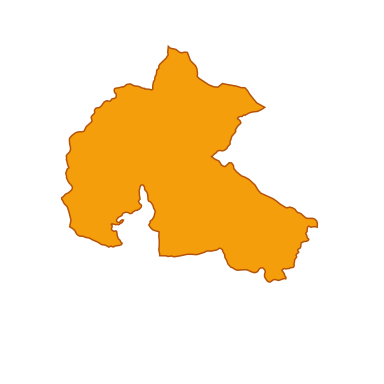 outline of Bannang Sata, Yala, Thailand, rotated 225°
{"feature_id": "78962969B58904714104170", "entity_name": "Bannang Sata", "entity_type": "district", "adm_level": 2, "iso_a3": "THA", "parent_name": "Thailand", "parent_adm1": "Yala", "projection": "albers", "projection_center": [101.271, 6.261], "detail": "fine", "context": "isolated", "style": "filled", "palette": "amber", "viewbox_px": 384, "rotation_deg": 225, "n_neighbors": 0, "source": "geoboundaries", "source_scale": "gbopen_adm2", "svg_char_len": 6043}
<svg xmlns="http://www.w3.org/2000/svg" viewBox="0 0 384 384"><g transform="rotate(225 192 192)"><path d="M253.9,80.9L250.7,81.7L247.7,81.9L244.9,81.0L243.5,80.7L242.0,80.8L240.1,81.5L237.8,83.6L235.1,84.7L232.9,86.3L231.6,87.0L228.8,87.7L223.3,89.9L218.7,90.9L216.2,92.8L214.9,93.4L211.8,94.3L211.5,95.4L210.9,96.4L210.4,96.8L209.6,96.9L208.7,97.7L208.3,98.6L208.1,99.6L205.7,102.7L204.7,105.0L204.9,106.0L205.3,106.4L206.5,106.2L208.9,107.0L211.2,106.9L212.6,107.7L213.7,108.0L217.1,110.7L217.9,110.8L218.4,110.7L219.1,109.3L220.6,108.6L221.7,108.4L222.9,109.0L223.3,109.5L223.7,110.7L224.8,111.8L225.2,112.0L225.6,111.8L226.0,111.8L226.3,112.0L226.3,112.5L225.9,113.2L223.1,114.7L222.3,115.9L220.8,117.0L220.5,117.7L220.6,118.7L220.0,120.2L219.9,121.3L220.5,123.6L221.0,123.5L221.7,123.1L222.1,121.0L221.8,119.6L222.3,118.8L222.8,118.3L223.6,118.0L224.3,118.0L224.9,118.1L225.6,118.9L225.8,119.4L226.1,121.7L225.8,123.2L225.0,125.5L225.1,126.3L225.7,127.4L225.7,128.0L225.6,128.8L224.9,130.2L224.2,131.2L222.5,132.4L220.7,132.8L220.1,133.4L219.6,134.3L219.4,135.2L219.7,135.9L218.9,139.0L217.9,140.2L217.1,142.5L217.2,145.1L217.4,145.6L217.8,146.4L218.3,146.8L219.2,147.0L220.6,146.7L222.5,147.2L223.3,147.6L223.6,148.4L223.6,150.0L224.0,150.5L227.3,152.8L228.6,154.2L229.8,155.0L230.5,155.9L232.5,159.2L232.8,160.2L232.8,161.0L232.7,161.3L231.8,162.2L230.0,162.2L229.0,161.8L227.5,160.5L226.7,160.2L224.4,160.1L223.0,159.7L221.0,158.4L217.2,155.2L215.8,154.9L214.7,155.6L213.2,155.6L210.0,154.8L207.6,153.4L204.7,152.7L203.8,151.5L202.8,149.8L201.8,148.4L201.2,146.8L200.7,144.8L200.9,141.7L199.9,140.7L199.2,138.1L195.2,137.4L192.6,137.6L187.2,140.5L186.1,139.6L184.5,137.5L181.6,135.2L178.9,132.6L175.9,129.4L174.8,127.8L173.2,126.7L170.6,125.0L169.8,124.1L165.0,128.7L163.4,129.4L161.1,132.4L159.6,133.0L158.7,133.7L155.3,138.4L151.3,144.6L148.1,147.8L144.8,150.6L143.8,151.9L140.4,158.5L140.1,160.0L139.1,161.5L136.9,163.5L134.0,167.7L133.1,169.7L133.1,171.2L132.2,172.2L129.7,172.7L127.7,171.6L124.6,170.8L122.6,169.1L119.2,168.1L115.5,166.5L111.6,166.3L109.7,167.1L106.3,167.9L104.7,168.7L99.8,174.3L98.0,175.9L93.8,177.5L91.9,178.4L90.5,179.4L89.6,181.2L89.4,182.5L90.0,184.6L89.8,186.7L88.8,188.0L87.7,188.5L85.5,188.3L83.6,187.4L82.9,185.7L81.9,184.4L80.4,183.2L76.3,182.3L74.3,182.6L73.1,183.6L72.8,184.9L72.6,186.8L71.8,188.5L70.5,189.4L68.2,190.7L65.7,196.0L64.3,196.8L64.7,197.7L65.3,198.1L67.6,198.5L68.9,199.4L71.7,200.0L72.5,200.0L73.2,200.4L73.2,200.8L73.2,201.5L72.4,203.3L71.3,204.0L69.3,206.5L68.9,207.8L67.2,210.2L67.2,211.1L67.8,212.3L69.3,213.6L70.1,215.0L71.3,216.4L71.6,217.0L72.0,219.9L72.3,220.3L73.9,221.1L74.1,221.5L74.1,222.5L73.8,224.6L73.9,224.8L74.6,225.2L75.8,225.2L76.2,225.7L76.4,226.9L75.9,228.7L76.0,229.3L76.5,230.3L77.6,231.5L78.8,233.3L77.9,236.0L76.1,238.2L75.6,240.0L75.8,240.8L76.0,241.1L76.6,241.2L77.7,241.0L78.2,241.2L80.5,242.6L81.5,242.7L82.0,242.9L82.5,243.7L82.6,245.3L84.6,247.6L85.4,249.0L85.5,249.7L85.2,250.4L84.8,250.7L83.3,251.0L82.9,251.3L82.1,252.6L80.5,254.5L78.6,255.6L80.0,257.3L81.7,258.8L83.5,259.7L86.0,259.6L87.9,258.8L92.3,254.5L93.8,254.1L99.7,253.7L102.9,252.3L104.2,252.1L106.8,252.6L109.6,251.9L112.1,250.5L113.9,247.7L115.1,247.2L121.0,245.8L125.9,245.3L130.1,244.5L142.3,239.9L146.4,240.0L152.4,241.5L160.6,241.2L164.8,240.0L168.1,238.5L170.0,238.2L174.9,237.8L179.0,238.2L181.6,240.1L184.6,240.5L186.4,239.0L186.5,233.4L188.7,232.2L190.2,231.9L194.7,233.0L198.8,231.5L203.2,230.8L203.0,231.4L203.1,234.2L202.7,236.6L202.7,237.9L203.0,238.7L202.8,239.3L201.8,241.0L199.6,242.6L198.9,243.6L198.5,244.7L198.2,247.1L198.3,248.2L198.8,249.0L198.9,252.4L199.1,253.1L200.7,254.3L201.0,254.8L201.2,255.8L203.2,259.5L203.6,264.6L203.8,265.4L204.1,266.0L205.2,266.5L206.1,270.1L206.3,271.8L206.1,274.9L206.4,275.5L208.2,276.3L210.1,276.3L211.6,276.0L211.9,276.3L212.0,276.9L211.9,278.1L211.3,279.5L209.9,281.0L210.1,281.6L209.8,283.0L208.8,283.8L207.4,288.6L205.7,291.5L202.6,295.4L201.1,299.7L200.4,303.3L209.0,300.8L214.2,301.2L220.7,302.0L224.4,302.9L227.0,303.1L228.2,303.1L229.1,302.4L230.9,300.6L235.1,298.5L245.6,291.2L247.1,290.4L247.8,284.5L250.9,281.8L256.1,279.6L267.4,277.3L270.0,277.4L272.2,280.0L275.9,282.7L278.9,283.8L286.0,283.8L293.9,287.4L295.6,286.2L296.5,285.2L297.1,284.0L298.0,282.9L299.5,282.1L300.8,281.8L303.9,281.5L305.5,280.7L308.1,278.9L309.6,278.2L311.7,278.2L308.0,273.7L306.4,272.5L305.7,271.8L305.5,271.4L305.6,270.4L305.1,269.3L304.9,268.1L305.1,259.7L304.6,257.8L304.0,257.0L302.9,255.8L302.9,255.0L303.1,254.3L303.1,253.5L302.7,252.8L300.3,249.8L299.7,247.6L299.2,246.7L297.7,245.1L297.2,242.8L295.5,240.2L294.1,238.5L292.8,237.5L292.4,236.8L292.6,235.9L293.1,235.5L295.0,234.3L298.2,231.5L298.7,231.8L300.6,230.3L303.2,229.5L305.1,228.5L306.9,226.9L309.1,225.7L311.0,225.3L312.2,224.6L314.0,222.2L314.4,220.7L314.4,219.1L314.8,217.8L315.5,217.3L317.6,213.7L319.1,211.8L319.7,210.7L319.6,209.8L318.5,208.5L316.9,207.6L315.3,207.7L314.6,207.5L312.7,205.4L312.7,205.1L313.1,203.0L313.9,202.2L314.4,201.3L314.4,200.2L314.1,199.4L314.1,198.4L314.6,197.7L316.0,196.9L316.9,196.1L317.5,194.6L317.7,193.2L316.9,188.4L317.0,187.3L317.2,186.2L318.7,184.2L319.1,183.5L319.2,182.9L319.1,181.9L318.8,181.1L318.2,180.3L317.4,179.8L316.9,179.2L316.6,178.4L316.6,175.5L316.5,174.3L316.1,173.6L315.8,173.2L313.7,172.1L313.0,171.5L312.6,170.8L313.0,164.1L312.9,163.1L311.4,159.0L311.7,157.6L314.8,154.2L315.8,152.5L316.3,151.1L316.8,147.5L316.8,145.5L316.6,143.8L316.3,143.0L315.7,142.3L312.5,139.5L311.3,138.7L310.4,138.3L308.1,136.4L307.3,134.9L306.8,133.2L306.8,130.2L306.5,128.7L304.5,127.2L303.6,125.9L302.1,125.3L299.5,123.5L296.2,122.1L296.5,120.5L296.1,119.1L295.3,117.8L294.9,116.4L293.5,115.4L292.0,114.6L291.0,113.5L289.8,112.9L286.8,111.8L285.5,111.6L281.2,111.3L279.9,110.7L278.9,109.5L278.6,107.8L278.6,106.4L278.8,104.5L279.1,103.1L279.7,101.8L279.9,100.3L279.7,97.6L280.1,95.8L278.9,94.7L277.4,94.5L274.1,93.4L270.0,93.4L265.8,91.4L257.9,86.7L257.0,85.7L256.2,84.3L253.9,80.9Z" fill="#f59e0b" stroke="#b45309" stroke-width="1.5"/></g></svg>